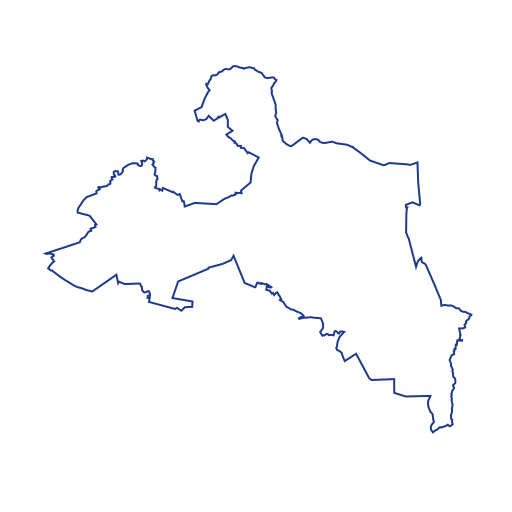 outline of Atotonilco de Tula, Hidalgo, Mexico, rotated 85°
{"feature_id": "50627088B84113731663943", "entity_name": "Atotonilco de Tula", "entity_type": "district", "adm_level": 2, "iso_a3": "MEX", "parent_name": "Mexico", "parent_adm1": "Hidalgo", "projection": "mercator", "projection_center": [-99.239, 19.96], "detail": "fine", "context": "isolated", "style": "outline", "palette": "blue", "viewbox_px": 512, "rotation_deg": 85, "n_neighbors": 0, "source": "geoboundaries", "source_scale": "gbopen_adm2", "svg_char_len": 6003}
<svg xmlns="http://www.w3.org/2000/svg" viewBox="0 0 512 512"><g transform="rotate(85 256 256)"><path d="M235.2,465.4L235.8,464.2L235.5,462.3L235.9,460.1L236.9,457.5L237.3,457.3L238.4,457.6L238.7,458.8L239.6,459.9L243.8,457.6L244.9,459.3L247.5,462.1L250.2,464.1L252.5,461.7L252.4,460.8L260.1,452.4L263.4,448.2L269.8,439.5L271.6,436.3L272.7,432.9L275.2,427.8L277.1,422.2L262.5,396.7L270.9,395.7L269.6,394.9L272.5,389.3L273.3,374.0L276.0,373.1L277.0,372.3L279.8,372.5L282.1,371.1L282.7,370.0L281.5,366.0L284.8,364.8L286.0,365.1L286.1,367.2L288.2,367.7L288.1,365.5L292.4,366.6L301.7,341.3L300.7,339.3L304.0,335.1L300.8,331.3L301.1,324.0L295.8,323.2L290.6,342.9L274.6,335.8L264.5,304.5L263.5,304.3L260.9,289.8L257.9,281.1L253.8,278.3L281.8,269.7L287.1,259.8L286.9,259.3L282.7,257.1L282.8,256.2L283.2,256.3L284.2,253.3L283.4,253.2L285.3,248.6L284.8,248.0L288.4,243.4L288.7,243.8L287.5,247.9L290.5,248.7L291.5,246.3L291.4,245.6L294.8,243.5L294.3,242.4L296.5,241.3L294.5,239.3L294.0,238.1L295.0,237.7L295.3,237.2L297.0,236.8L297.4,236.2L301.4,234.7L302.0,235.9L304.3,232.7L309.0,230.3L312.1,225.9L312.6,224.9L312.6,223.7L314.3,221.3L316.9,216.2L319.3,214.0L320.4,213.7L320.7,216.2L321.7,218.7L322.4,218.4L321.4,213.2L321.8,212.6L321.8,206.2L322.3,204.7L323.7,196.8L328.7,195.2L332.8,195.3L334.0,195.8L337.3,198.6L337.9,198.6L341.2,196.8L340.8,196.0L341.1,194.7L340.0,193.0L339.7,192.1L340.2,191.2L341.2,190.4L341.1,187.9L341.8,185.6L339.1,184.7L337.9,184.1L337.6,183.4L338.3,182.1L340.3,180.8L340.4,179.9L338.8,178.9L338.7,178.2L338.6,176.7L339.3,174.8L343.8,179.7L348.7,182.2L353.3,183.3L354.8,184.1L356.7,183.3L357.9,181.2L360.0,179.1L363.5,178.4L368.4,176.7L362.1,164.8L387.6,153.9L389.6,151.7L390.7,129.1L404.4,130.2L409.0,119.1L410.6,94.5L415.4,97.1L418.7,97.6L422.1,97.2L426.7,95.7L427.0,95.2L429.2,93.8L434.7,93.7L436.0,93.2L437.4,93.5L437.7,94.2L439.6,95.8L441.5,96.8L444.4,96.7L447.1,95.1L445.4,92.6L444.7,90.6L442.8,88.2L442.7,87.2L443.1,86.2L442.7,85.6L442.0,82.1L440.8,79.7L442.5,77.9L441.3,75.2L440.6,74.7L438.6,75.2L436.2,74.8L435.6,75.7L431.5,75.6L427.9,74.1L425.8,74.3L421.3,73.1L417.2,73.7L415.9,73.7L415.0,73.2L413.6,73.6L412.7,73.7L412.1,73.2L410.4,73.3L407.3,72.1L405.1,70.4L404.0,70.2L402.8,71.0L401.6,70.8L400.5,69.1L399.5,68.4L395.8,68.3L394.6,68.9L394.1,69.7L393.1,70.0L389.0,70.0L388.2,70.4L386.4,69.9L383.5,70.8L382.5,71.4L380.7,71.0L376.4,72.2L371.8,69.6L371.1,67.2L368.0,67.3L368.0,66.7L365.9,66.4L366.0,65.3L361.7,64.7L361.9,63.6L357.7,62.9L358.3,58.1L357.7,58.0L357.5,61.5L355.8,60.1L353.6,59.5L352.5,59.6L352.4,59.2L345.9,60.0L346.1,56.3L345.4,53.8L342.8,54.3L341.1,52.4L339.5,52.6L336.9,49.2L335.0,48.5L333.4,46.6L332.4,47.8L331.6,49.8L329.9,52.4L329.8,54.0L328.4,56.8L326.0,58.3L325.3,61.4L323.2,63.9L322.3,65.9L322.1,68.9L321.2,72.3L321.7,75.7L315.9,75.7L301.1,80.4L279.3,87.7L278.5,88.4L276.6,91.2L273.8,91.8L273.3,91.3L272.2,91.5L273.4,93.3L275.6,95.3L280.7,97.5L251.6,102.4L250.3,103.1L245.5,104.4L227.7,102.6L222.8,101.8L220.8,101.0L220.6,102.3L218.1,102.2L216.2,95.4L219.8,88.7L218.5,87.9L196.3,88.0L176.9,87.0L178.7,94.3L177.7,98.4L175.0,115.3L176.4,119.2L176.7,121.0L170.9,134.0L161.7,143.7L156.9,149.3L155.7,150.0L155.8,150.6L153.0,155.8L150.8,165.7L148.7,170.2L149.4,176.8L149.2,179.2L148.1,182.2L145.6,184.0L145.0,185.6L144.7,188.2L145.0,189.5L146.6,191.4L147.9,192.4L143.8,195.4L142.2,199.0L149.6,211.0L149.4,212.5L147.1,216.0L143.6,219.4L141.1,219.4L138.8,220.3L138.8,219.7L137.5,219.9L131.8,222.0L125.4,223.5L122.5,222.6L118.9,224.5L118.1,224.6L115.0,223.4L111.4,223.6L107.0,223.2L95.0,226.3L92.9,225.7L91.1,226.1L89.6,225.9L87.6,224.0L85.9,223.2L83.7,221.0L82.5,220.3L81.4,221.8L79.7,222.7L79.5,224.5L79.8,229.1L78.8,231.7L74.0,234.5L72.8,237.5L71.2,239.4L70.8,240.4L68.7,241.7L68.5,243.2L67.4,245.5L67.8,250.1L68.3,251.7L67.9,252.7L67.4,253.0L67.1,255.3L66.5,256.1L66.4,256.9L65.2,258.9L64.9,262.0L67.6,265.5L67.7,267.5L67.0,269.6L67.3,271.3L69.3,274.2L69.8,277.1L71.5,278.2L71.8,278.8L72.6,280.8L72.1,282.7L73.0,284.8L76.1,285.8L76.9,286.9L80.6,289.0L80.0,290.4L80.6,290.8L84.6,289.3L86.8,287.8L88.7,289.6L95.2,293.7L102.9,297.2L105.9,304.5L116.3,302.4L116.2,301.7L116.7,301.3L116.0,301.1L115.3,300.0L116.2,296.4L115.3,293.6L112.2,290.9L117.5,286.4L115.7,282.6L114.5,281.9L113.9,280.8L113.9,280.5L114.7,280.4L111.8,274.2L117.9,272.2L124.9,272.8L129.2,268.5L132.4,274.9L134.7,273.5L136.6,270.9L140.3,267.8L139.9,267.3L141.7,266.5L141.8,266.7L142.4,265.6L144.7,264.6L145.0,261.5L146.3,261.8L147.0,261.5L147.3,258.6L152.8,255.3L152.0,254.3L158.1,244.7L166.5,250.5L173.6,253.4L182.3,255.0L189.6,265.3L192.2,264.9L191.2,270.9L192.7,270.7L193.2,272.4L193.5,272.4L193.8,274.4L193.5,275.0L195.2,278.7L196.3,282.4L200.9,290.9L197.8,312.4L200.5,322.7L197.2,322.8L195.1,323.3L195.2,324.6L187.6,326.6L188.4,328.7L184.8,333.0L185.2,333.5L180.1,342.8L182.8,343.8L181.2,345.8L182.0,346.5L180.6,347.0L179.6,350.3L178.7,350.7L177.6,349.4L177.1,349.2L173.4,349.0L171.0,348.1L170.8,347.5L167.8,347.5L167.5,348.5L166.1,350.0L164.1,349.2L159.5,348.4L159.5,348.7L155.9,351.2L154.9,350.0L154.2,350.2L153.1,349.2L151.6,350.6L150.6,350.3L150.0,352.7L148.5,356.0L149.7,356.1L151.6,357.8L152.0,358.8L151.2,360.1L151.1,361.2L151.4,362.1L153.1,361.4L154.5,361.3L156.2,362.2L156.2,363.6L155.5,364.9L154.8,365.9L153.6,365.9L153.2,367.2L152.9,371.4L154.3,376.1L155.4,377.6L156.1,379.4L157.2,380.7L159.1,381.4L159.7,381.1L160.5,381.5L162.6,383.5L163.1,384.8L163.0,385.9L159.8,386.1L159.5,386.4L159.4,388.2L159.1,388.5L159.6,390.2L160.9,390.5L162.4,390.4L163.6,389.3L164.6,389.3L165.0,390.3L164.6,391.7L164.7,392.9L166.1,393.0L167.2,392.3L168.8,394.9L170.3,394.6L171.4,394.9L171.9,396.9L173.2,398.3L173.4,399.1L173.6,402.7L174.1,403.7L173.5,406.6L173.9,407.1L174.7,406.9L175.0,405.9L176.0,405.9L177.1,408.9L177.7,409.5L179.7,409.3L182.6,419.6L185.3,422.8L192.6,428.7L194.6,429.6L197.2,429.9L200.7,419.9L201.5,418.2L210.7,412.2L211.0,413.6L213.2,413.4L214.4,418.4L216.5,417.9L217.2,420.7L221.8,424.3L224.0,428.8L227.0,430.4L235.2,465.4Z" fill="none" stroke="#1e3a8a" stroke-width="2"/></g></svg>